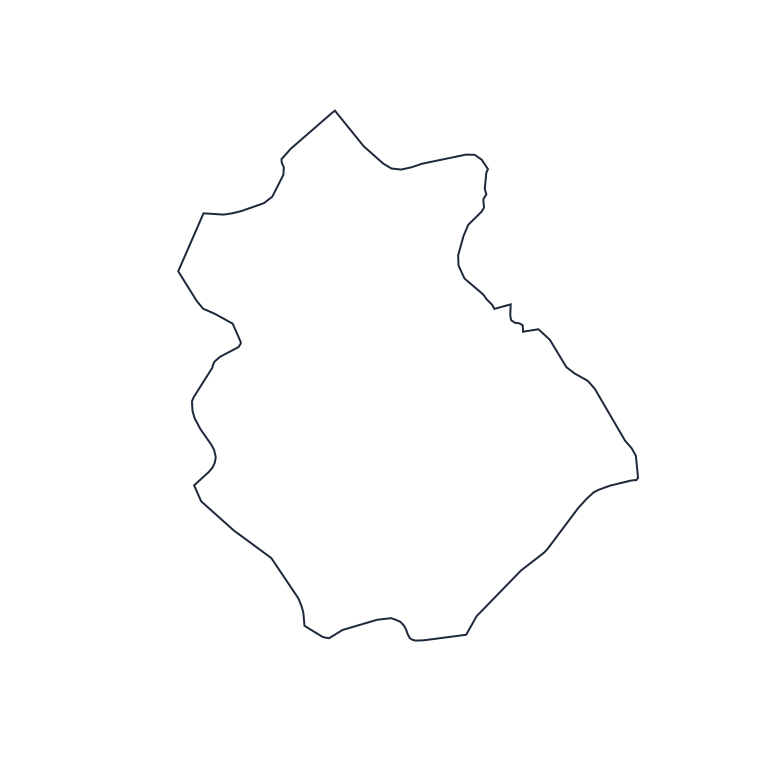 outline of Kâmpôt, rotated 224°
{"feature_id": "KHM-1797", "entity_name": "Kâmpôt", "entity_type": "Province", "adm_level": 1, "iso_a3": "KHM", "parent_name": "Cambodia", "parent_adm1": "", "projection": "mercator", "projection_center": [104.331, 10.788], "detail": "fine", "context": "isolated", "style": "outline", "palette": "slate", "viewbox_px": 768, "rotation_deg": 224, "n_neighbors": 0, "source": "natural_earth", "source_scale": "10m", "svg_char_len": 1630}
<svg xmlns="http://www.w3.org/2000/svg" viewBox="0 0 768 768"><g transform="rotate(224 384 384)"><path d="M609.2,546.5L563.8,540.9L537.8,542.0L528.3,544.2L520.6,550.2L514.7,559.1L509.7,568.8L484.5,605.8L478.1,611.8L469.5,613.2L458.5,610.8L458.5,610.7L457.2,607.1L447.1,594.4L442.1,591.5L442.1,591.4L441.0,586.2L438.6,583.7L434.6,580.4L433.5,575.6L434.0,557.0L429.6,545.7L420.0,528.0L412.7,521.0L399.4,515.8L374.6,517.3L368.7,516.2L361.3,516.1L356.8,514.7L348.2,529.3L340.8,521.0L336.8,518.2L332.4,519.0L328.7,521.7L325.0,522.6L320.3,518.2L310.9,530.7L295.3,531.0L264.4,522.8L254.1,524.0L239.6,527.8L229.2,527.0L171.3,510.7L161.2,509.8L152.9,507.3L136.2,493.1L135.6,490.1L137.1,488.8L139.8,485.3L150.9,467.7L156.0,457.2L157.9,451.8L158.5,442.8L158.2,430.2L151.8,379.1L151.7,374.0L155.9,345.1L156.1,281.3L150.7,260.7L177.3,227.3L183.0,221.4L186.0,219.7L189.1,219.1L193.6,220.7L197.5,222.7L202.1,224.1L207.1,224.3L213.4,221.9L216.4,220.3L225.1,209.7L242.5,179.1L243.1,177.8L246.9,163.0L250.2,160.7L252.6,159.4L273.2,154.8L283.1,163.4L288.4,166.6L296.3,170.2L344.1,180.5L390.3,174.3L434.1,172.6L450.2,179.2L448.9,199.2L449.4,205.1L451.1,209.9L454.1,214.4L460.1,218.4L465.2,220.2L484.7,224.0L496.4,227.8L503.0,231.6L510.1,238.1L511.8,242.6L518.8,276.5L520.0,278.3L521.5,282.2L520.8,289.8L514.3,309.6L515.1,313.5L516.3,314.7L534.8,322.3L554.3,317.0L566.4,312.5L576.2,313.6L610.3,322.1L632.4,381.4L617.1,394.4L612.0,401.0L607.0,408.8L596.0,430.7L594.5,441.2L601.7,464.6L606.7,470.4L608.8,471.1L610.7,471.9L612.5,473.1L613.9,474.6L614.5,488.3L609.8,542.2L609.2,546.4L609.2,546.5Z" fill="none" stroke="#1e293b" stroke-width="2"/></g></svg>